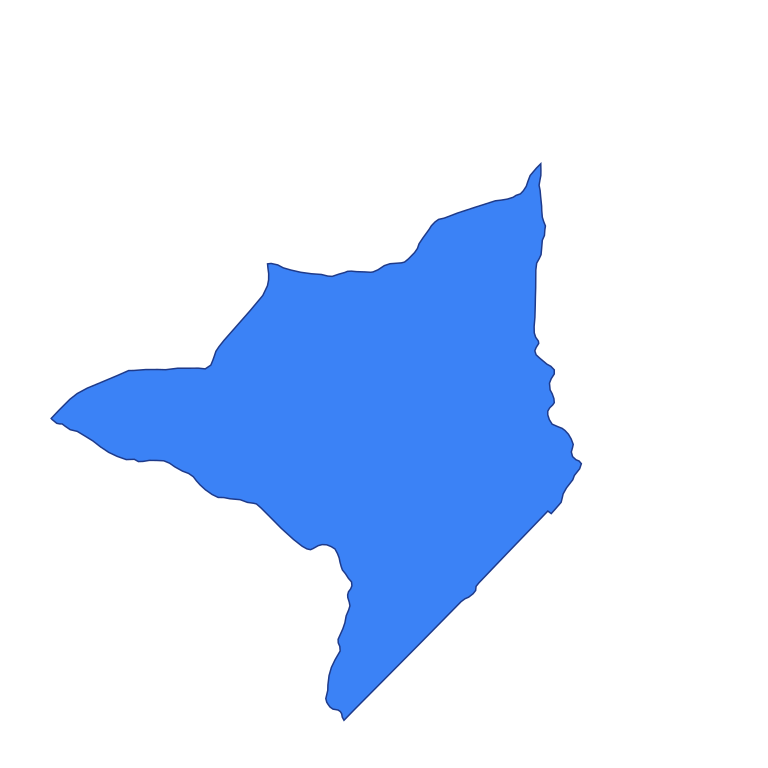 the district of Abanga-Bignè, Moyen-Ogooué, Gabon, rotated 135°
{"feature_id": "22940354B65697742744176", "entity_name": "Abanga-Bignè", "entity_type": "district", "adm_level": 2, "iso_a3": "GAB", "parent_name": "Gabon", "parent_adm1": "Moyen-Ogooué", "projection": "robinson", "projection_center": [10.966, -0.21], "detail": "fine", "context": "isolated", "style": "filled", "palette": "blue", "viewbox_px": 768, "rotation_deg": 135, "n_neighbors": 0, "source": "geoboundaries", "source_scale": "gbopen_adm2", "svg_char_len": 3087}
<svg xmlns="http://www.w3.org/2000/svg" viewBox="0 0 768 768"><g transform="rotate(135 384 384)"><path d="M117.4,428.9L123.5,428.9L133.2,428.1L138.8,425.6L143.6,423.2L149.0,422.1L153.1,422.0L157.2,424.0L160.6,424.7L166.0,427.5L171.3,431.3L175.7,434.8L194.3,444.4L211.1,452.9L224.1,458.7L229.0,461.8L233.3,462.5L238.5,462.4L242.9,461.4L253.0,459.8L260.0,458.4L264.5,456.2L269.5,455.3L278.3,455.2L283.3,455.7L286.1,457.4L294.7,464.8L300.1,467.5L307.5,469.0L312.5,471.0L314.4,472.4L318.3,476.8L324.0,482.9L327.3,486.9L330.2,489.5L332.9,490.6L338.2,493.6L344.5,496.7L347.4,500.0L350.8,505.7L357.3,513.2L363.9,521.9L369.3,530.5L373.1,537.4L374.9,543.3L378.6,549.1L381.4,551.3L384.2,547.9L387.6,543.5L392.0,539.2L396.9,535.9L407.1,532.3L427.3,530.5L466.3,528.0L474.2,527.1L479.7,526.0L484.3,523.7L488.5,521.7L493.1,519.8L499.7,521.1L504.0,526.4L510.4,532.7L518.8,541.1L528.3,548.5L533.6,554.1L542.4,562.8L551.5,570.6L555.1,574.1L566.2,578.4L580.2,584.1L596.7,590.9L607.7,594.2L616.8,595.3L631.8,595.3L643.7,595.0L643.8,593.5L643.2,587.6L641.6,585.2L639.8,583.3L639.3,579.5L638.2,573.6L634.4,567.4L632.3,558.9L630.1,549.6L628.9,539.8L627.0,530.3L623.9,521.6L619.7,512.8L613.8,507.3L612.5,502.8L609.2,499.7L603.9,495.9L598.9,490.8L594.0,485.4L591.6,479.6L590.5,473.3L588.1,464.9L585.4,458.9L584.4,453.3L585.1,448.1L585.4,442.7L585.1,435.5L583.7,427.5L581.5,421.1L577.5,416.9L574.1,411.8L567.5,403.9L564.3,396.9L560.6,392.0L559.0,389.4L558.6,383.2L558.6,372.7L558.7,354.4L557.9,338.0L556.6,327.2L555.1,321.9L553.1,318.8L550.5,317.8L544.8,316.2L541.3,314.2L538.2,310.8L536.3,306.3L535.3,302.0L536.8,297.0L538.7,292.7L541.1,289.1L543.4,285.1L544.9,281.9L545.4,277.1L546.6,271.6L546.9,267.0L549.4,264.0L552.5,262.7L556.0,262.2L558.8,260.6L560.6,258.6L562.9,254.2L565.0,251.2L568.6,249.3L574.7,246.8L580.5,242.8L586.2,240.0L597.0,235.9L599.4,233.3L600.8,229.7L603.8,226.2L613.6,223.6L621.6,220.8L629.0,216.7L636.4,210.9L640.3,207.2L647.6,202.7L649.5,199.5L650.1,197.0L650.6,193.7L650.0,190.2L648.2,187.7L647.0,185.9L646.5,183.3L647.1,180.8L649.1,177.9L650.1,174.5L634.8,174.7L542.8,175.1L483.3,175.6L478.6,174.9L474.9,173.4L469.3,172.7L465.2,173.2L462.0,175.8L457.3,176.3L417.4,177.2L358.0,178.3L357.4,174.1L351.6,174.4L342.4,175.1L338.4,177.5L335.1,179.6L328.4,181.5L318.2,182.8L314.1,184.7L305.6,185.7L300.8,188.1L300.5,191.6L301.8,194.6L302.0,199.3L299.6,203.5L295.7,205.7L292.9,207.5L290.5,212.8L289.1,218.1L288.9,223.1L289.4,226.7L291.2,230.8L293.5,236.7L292.3,241.9L290.0,246.4L287.4,249.0L283.6,250.0L279.5,249.9L276.8,250.4L274.2,253.5L272.0,258.1L270.7,262.4L266.4,267.6L262.0,269.5L256.5,270.7L253.6,273.6L253.5,278.5L254.8,282.9L255.6,292.2L255.8,297.1L253.9,300.8L250.7,302.2L245.9,303.3L244.5,305.2L243.7,309.8L241.6,313.9L237.3,318.4L230.3,324.3L221.2,332.9L215.7,338.2L208.7,344.8L196.1,357.2L190.6,361.5L185.6,362.9L181.5,364.4L177.5,367.7L170.4,373.7L165.5,375.6L161.1,379.4L158.1,381.6L156.2,386.0L154.1,390.0L149.9,395.0L146.7,398.4L141.1,405.3L136.8,410.4L133.8,414.9L129.3,418.1L125.7,420.5L122.3,423.8L117.4,428.9Z" fill="#3b82f6" stroke="#1e3a8a" stroke-width="1.5"/></g></svg>